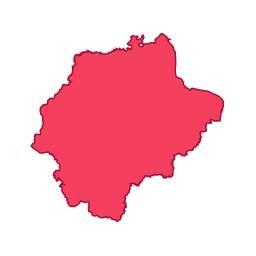 outline of Kanchanadit, Surat Thani, Thailand, rotated 80°
{"feature_id": "78962969B17156499788774", "entity_name": "Kanchanadit", "entity_type": "district", "adm_level": 2, "iso_a3": "THA", "parent_name": "Thailand", "parent_adm1": "Surat Thani", "projection": "orthographic", "projection_center": [99.537, 9.081], "detail": "fine", "context": "isolated", "style": "filled", "palette": "rose", "viewbox_px": 256, "rotation_deg": 80, "n_neighbors": 0, "source": "geoboundaries", "source_scale": "gbopen_adm2", "svg_char_len": 5828}
<svg xmlns="http://www.w3.org/2000/svg" viewBox="0 0 256 256"><g transform="rotate(80 128 128)"><path d="M127.2,225.0L129.2,226.5L129.8,225.7L131.4,224.9L131.7,224.0L132.6,223.7L134.9,221.0L137.1,219.3L137.9,216.1L137.6,213.5L137.9,210.2L139.9,209.9L140.6,209.0L140.1,208.2L141.2,207.8L141.1,206.7L142.4,206.7L143.5,205.7L146.3,205.8L146.7,205.4L146.2,204.5L147.0,204.2L147.4,203.2L148.6,203.9L149.9,203.6L151.5,201.9L154.0,201.9L154.3,202.3L154.9,201.9L156.1,202.0L158.2,203.7L157.4,205.0L157.5,206.7L158.7,207.1L158.6,207.8L159.3,208.8L161.9,209.7L162.5,208.3L164.1,209.3L165.9,207.2L167.1,207.8L167.7,207.5L167.9,206.8L166.9,204.8L165.3,205.2L165.1,204.7L168.1,203.3L169.3,202.1L170.3,201.6L170.9,202.7L172.4,201.1L171.8,203.8L173.4,205.5L174.2,204.8L174.0,203.9L174.7,203.4L178.6,204.0L179.9,203.7L181.1,202.8L182.0,202.8L183.0,201.5L184.8,202.0L185.5,201.7L186.4,200.2L187.2,200.6L190.6,200.5L193.2,199.8L194.4,198.9L195.3,198.2L195.3,196.5L196.1,194.6L194.7,190.5L191.5,186.7L193.5,184.6L193.9,180.0L194.8,179.2L197.1,180.0L198.4,179.8L199.5,180.8L203.2,181.2L205.3,178.3L207.6,178.2L208.9,176.4L208.7,174.0L209.1,172.9L210.2,172.6L211.8,169.7L212.0,168.2L211.5,166.8L212.0,165.4L211.6,164.5L213.2,163.6L212.5,162.1L212.7,161.2L213.0,160.7L214.5,160.4L215.9,158.0L216.4,156.0L217.8,155.3L218.1,154.6L217.1,153.3L216.8,151.4L214.7,150.5L214.1,150.7L213.7,149.8L213.0,150.0L211.0,146.6L208.8,145.4L208.4,146.4L207.8,145.7L206.5,145.5L204.7,144.0L205.7,144.0L205.5,143.4L204.9,143.4L203.9,144.2L203.5,143.5L201.8,143.0L200.8,145.2L199.4,143.4L198.5,143.8L196.7,142.5L194.4,142.9L193.8,140.6L192.3,139.6L191.8,138.3L189.9,137.7L188.3,136.4L186.9,136.6L185.5,136.0L185.1,135.6L185.6,134.9L185.3,134.5L184.7,134.7L184.5,134.1L184.4,134.7L183.8,134.5L183.4,135.0L183.2,132.8L183.5,133.0L183.9,131.8L184.6,131.6L184.1,130.8L186.0,129.8L185.7,129.2L186.4,128.9L186.7,127.4L185.1,127.5L185.3,126.7L184.2,125.8L184.1,125.0L183.6,124.8L183.7,125.3L183.4,125.5L183.2,124.1L182.1,122.9L180.7,122.5L179.6,120.2L179.2,120.3L178.8,119.7L178.3,119.9L178.1,119.4L178.2,118.2L178.8,117.9L179.4,116.3L179.1,115.9L180.1,114.6L179.5,114.7L179.1,114.1L179.2,111.9L178.6,111.1L179.0,109.8L178.8,108.2L179.4,107.8L179.3,104.0L179.9,103.7L179.5,103.0L181.3,102.4L181.6,101.0L182.5,101.9L183.1,101.8L182.9,101.3L183.9,99.8L183.6,99.1L182.7,98.7L183.2,96.8L182.4,96.1L183.6,95.2L183.2,95.0L183.4,93.7L182.7,92.2L181.9,92.3L181.1,91.6L180.4,92.2L175.2,89.7L174.0,90.6L172.4,90.1L171.9,91.0L171.0,91.4L171.1,90.9L170.0,90.2L170.1,89.7L168.7,90.1L168.3,89.3L167.3,89.5L167.3,88.3L166.0,87.3L163.8,87.1L163.6,87.8L163.1,87.7L162.8,85.2L162.0,84.9L162.4,82.2L161.6,81.8L162.9,80.8L162.9,79.9L164.4,79.8L165.2,77.5L164.7,77.3L165.0,76.5L164.2,75.3L164.5,74.7L163.2,74.3L162.8,75.2L161.7,74.5L160.7,72.5L161.1,68.2L158.7,66.8L158.5,64.7L156.8,63.2L157.0,61.4L156.3,62.5L155.1,62.1L155.0,61.2L154.5,61.1L154.8,60.1L153.6,59.9L152.8,58.7L151.1,59.4L151.1,58.3L149.6,58.0L149.6,57.3L148.1,58.1L146.7,57.3L146.5,57.9L145.5,58.2L144.7,57.0L144.2,56.9L144.9,54.4L144.4,51.3L140.1,51.2L139.1,51.0L139.0,50.5L137.2,50.2L137.0,49.0L137.6,45.2L136.4,45.0L136.3,45.6L134.4,45.4L134.2,44.8L134.9,43.0L135.7,42.8L136.4,40.5L136.8,36.2L136.3,36.5L135.9,35.8L134.4,35.6L132.7,34.6L130.0,34.2L129.2,33.4L128.8,33.5L128.9,33.2L127.9,33.1L127.6,32.6L127.2,32.8L127.0,32.3L126.7,32.6L126.4,31.9L125.5,32.1L125.1,31.3L122.3,30.1L118.8,29.5L115.9,30.4L111.8,33.9L108.4,39.4L105.8,42.7L103.4,49.9L100.1,57.7L100.2,58.9L101.5,60.3L101.5,60.9L100.4,61.2L98.6,63.2L98.3,64.5L97.2,64.1L94.9,66.0L92.7,65.4L91.9,65.9L90.5,66.1L88.5,67.6L86.2,71.5L84.3,71.8L77.7,71.3L75.9,70.5L70.2,69.4L60.8,68.3L60.0,69.2L55.7,69.5L48.9,73.6L47.8,73.0L48.4,71.6L48.2,71.2L46.2,74.3L45.3,73.9L41.0,77.8L41.3,79.7L43.5,81.8L45.3,85.6L46.5,86.2L48.4,86.1L49.0,86.6L48.0,89.6L48.6,95.0L48.0,97.7L48.5,98.5L50.2,99.3L50.5,100.2L49.3,102.3L47.5,102.9L46.8,101.8L47.5,99.4L47.2,98.8L44.6,99.1L41.6,96.6L39.3,96.9L39.3,97.9L41.2,98.7L42.0,99.5L42.7,103.0L42.3,103.9L41.6,104.1L40.1,102.4L39.3,102.6L39.0,105.5L37.9,107.3L38.7,109.4L40.7,109.1L42.1,109.8L44.8,113.9L46.4,113.3L47.4,110.1L51.3,111.2L51.1,111.9L49.4,113.3L49.1,114.3L49.4,115.0L50.1,114.4L50.5,114.5L51.9,116.9L50.6,117.5L50.7,118.3L49.9,118.9L49.2,118.6L49.9,120.5L49.5,121.8L49.0,121.7L49.1,122.3L48.6,122.1L48.3,122.4L48.8,122.6L49.0,123.8L47.5,125.7L49.1,126.6L49.2,127.0L48.4,127.5L48.7,128.5L49.3,128.0L50.1,128.6L49.5,130.2L49.8,131.1L50.8,131.8L50.3,133.8L51.5,135.4L51.6,136.8L51.2,137.1L50.6,140.5L49.8,141.6L50.0,142.2L48.7,141.8L49.1,143.7L48.1,144.8L47.7,145.9L48.0,147.3L47.6,147.9L48.6,148.7L48.4,149.9L47.8,151.1L47.3,150.6L47.3,151.2L46.4,151.8L46.3,153.2L45.0,153.4L44.5,154.2L45.7,155.2L45.6,156.0L46.2,156.2L45.6,157.3L45.6,158.5L46.0,158.7L45.4,159.1L46.4,160.2L46.0,160.7L46.5,161.3L46.2,162.0L47.1,162.3L47.6,162.4L47.9,161.8L48.1,162.1L48.1,163.0L47.7,163.1L48.0,163.5L47.5,163.3L47.5,164.4L46.8,165.0L47.2,165.3L46.8,166.5L47.3,166.8L47.6,167.7L48.4,167.7L49.2,168.8L51.1,168.1L51.4,169.2L51.8,168.9L53.5,169.7L54.0,168.8L54.9,168.7L55.0,168.3L56.7,168.9L57.0,170.7L58.0,171.1L57.6,171.4L57.9,172.2L60.0,171.9L60.5,172.4L63.7,173.0L66.2,175.1L65.9,175.7L67.3,177.4L68.5,177.8L68.4,178.2L69.4,178.2L69.9,178.9L70.8,178.4L72.2,175.8L72.8,177.1L73.2,177.1L73.4,178.3L75.2,178.8L74.7,182.9L74.1,183.2L74.2,184.7L75.8,185.3L76.5,186.1L78.1,186.3L78.3,188.6L79.5,189.0L81.1,190.3L82.1,192.0L82.4,194.0L86.0,195.7L86.4,196.5L85.4,198.1L85.4,199.7L87.1,202.4L88.7,202.5L90.2,203.3L90.7,205.5L90.5,207.5L92.5,210.3L94.5,211.3L98.2,211.5L99.8,211.2L101.6,210.0L106.3,210.9L108.5,210.3L110.8,212.0L113.1,212.4L113.9,213.8L115.2,214.9L118.8,215.1L119.2,216.6L118.4,218.3L118.3,220.6L119.3,220.2L119.8,221.6L122.0,221.4L123.5,222.5L124.7,221.9L126.1,222.5L127.2,225.0Z" fill="#f43f5e" stroke="#9f1239" stroke-width="1.5"/></g></svg>